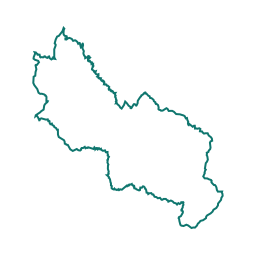 Tello, Huila, Colombia (Robinson projection), rotated 7°
{"feature_id": "7082276B21026196123050", "entity_name": "Tello", "entity_type": "district", "adm_level": 2, "iso_a3": "COL", "parent_name": "Colombia", "parent_adm1": "Huila", "projection": "robinson", "projection_center": [-75.095, 3.039], "detail": "fine", "context": "isolated", "style": "outline", "palette": "teal", "viewbox_px": 256, "rotation_deg": 7, "n_neighbors": 0, "source": "geoboundaries", "source_scale": "gbopen_adm2", "svg_char_len": 5781}
<svg xmlns="http://www.w3.org/2000/svg" viewBox="0 0 256 256"><g transform="rotate(7 128 128)"><path d="M206.6,218.7L208.3,216.5L209.0,214.4L210.4,212.9L210.8,211.9L211.6,211.2L213.7,210.4L216.4,208.0L216.4,206.4L217.2,205.1L220.4,202.7L222.1,200.7L222.8,198.7L225.4,196.6L226.7,193.9L226.6,192.0L229.1,188.0L229.2,185.9L230.2,183.8L229.7,181.7L228.9,180.5L229.1,179.6L225.0,180.2L223.8,178.7L223.0,176.2L222.1,174.8L221.2,174.0L220.2,174.1L218.0,172.3L217.3,171.4L217.5,170.3L216.8,169.5L214.0,168.9L213.1,168.4L210.2,168.6L208.6,166.9L209.7,163.4L209.4,163.0L209.7,161.0L210.3,159.9L209.3,159.0L209.5,153.4L210.5,151.8L211.1,149.7L210.2,146.5L209.4,145.3L209.5,143.9L209.2,142.9L210.7,142.0L210.9,140.6L212.1,139.0L212.3,137.4L211.1,132.6L211.6,131.2L213.1,130.4L212.5,128.2L211.4,127.0L209.0,125.6L207.7,123.5L205.4,123.8L204.1,124.3L202.7,123.4L201.9,122.4L199.8,122.5L199.9,120.1L198.8,119.6L196.8,120.3L195.8,120.1L194.6,120.4L194.0,117.6L193.2,117.7L192.1,118.9L188.3,116.5L187.9,117.7L187.4,117.4L186.9,115.9L187.0,114.4L186.0,112.9L185.3,110.9L184.2,111.4L182.9,109.4L181.7,108.8L177.8,108.1L174.1,108.3L171.6,106.3L169.8,105.6L166.3,106.1L164.9,104.2L163.7,103.7L160.3,106.5L158.7,106.8L158.1,106.3L156.6,106.1L155.9,105.5L155.9,103.8L155.0,101.6L153.2,100.5L152.7,100.7L152.1,99.9L152.0,99.1L150.4,98.2L149.9,96.9L147.7,95.5L146.3,95.5L145.5,93.8L144.4,93.6L142.2,91.7L141.0,91.7L141.0,90.7L140.7,90.6L139.7,91.4L138.7,93.0L137.2,94.1L137.2,94.9L136.3,95.9L134.4,99.8L134.5,102.3L133.7,104.6L133.4,104.8L131.8,103.5L130.8,103.7L128.9,107.9L128.5,108.0L128.1,107.8L128.3,107.0L125.9,105.8L123.9,103.6L122.0,102.1L121.2,105.7L119.3,109.5L117.9,108.7L116.5,106.9L114.6,105.7L113.9,104.7L113.1,104.9L113.3,104.5L112.8,103.4L113.3,103.1L113.4,102.3L113.0,101.4L112.7,101.5L112.0,99.1L111.4,98.7L111.7,97.4L111.3,97.3L111.1,95.9L110.7,95.7L111.2,94.7L109.4,95.0L108.9,94.0L107.9,93.7L108.0,93.2L107.0,92.9L106.7,93.5L106.1,93.1L106.3,92.5L105.9,92.0L104.9,91.9L104.3,92.2L104.1,91.7L104.4,91.2L104.1,90.9L104.4,89.6L102.8,88.5L101.8,88.5L101.2,87.5L99.7,87.7L99.4,87.0L98.8,87.3L98.9,85.3L98.5,84.8L97.9,85.1L97.2,84.8L97.4,84.3L97.7,84.5L97.7,84.1L97.1,83.8L96.6,84.5L96.0,84.3L94.9,83.1L95.1,81.9L94.0,81.9L93.9,82.4L92.9,82.2L93.0,81.5L91.2,80.8L92.3,79.5L92.1,78.2L91.1,78.7L89.6,78.3L88.8,77.5L89.1,75.6L87.6,76.4L87.3,76.1L87.4,75.5L85.1,74.3L85.1,73.2L86.1,70.8L86.0,70.3L85.4,70.4L85.5,68.5L84.8,68.6L84.6,68.2L83.9,68.8L83.7,68.1L84.2,67.9L84.2,67.3L82.4,67.0L82.2,66.2L81.7,65.8L80.6,66.5L80.1,66.1L79.8,63.8L81.2,63.4L81.8,62.7L81.0,62.2L80.8,61.6L79.8,61.4L79.3,62.4L77.0,63.9L76.9,63.4L77.3,62.8L75.7,61.5L74.9,60.1L74.6,59.1L74.8,57.1L73.0,54.3L73.3,51.2L73.0,50.0L72.8,49.8L72.4,50.2L72.4,52.7L71.4,53.7L69.8,49.6L69.4,49.5L68.3,50.5L67.2,48.7L65.3,47.5L64.7,47.4L62.9,48.2L61.3,46.4L58.9,45.7L57.5,46.3L56.1,47.7L55.1,47.7L54.9,46.6L55.9,46.2L56.4,45.6L55.9,44.4L53.9,44.2L52.8,43.1L52.4,41.8L52.3,38.5L52.7,37.2L51.9,36.5L51.2,39.8L48.2,44.9L46.5,45.9L45.5,48.9L44.9,52.9L46.0,54.0L46.1,55.1L45.2,58.8L46.1,66.1L45.5,66.6L46.1,66.7L47.2,68.3L45.0,68.2L43.6,69.3L41.7,68.2L41.0,66.6L40.3,66.9L39.5,68.2L38.5,68.1L36.8,67.0L36.2,67.1L35.7,68.0L35.0,68.3L33.9,68.1L32.6,68.6L32.1,68.2L31.3,66.0L29.4,66.3L29.1,65.5L28.3,65.3L27.4,64.3L26.1,64.2L26.8,65.4L25.8,69.0L25.8,70.7L27.3,71.6L30.7,72.3L31.6,73.6L29.9,76.5L28.9,76.6L28.6,77.0L29.9,80.9L29.4,83.7L29.6,87.4L28.1,88.6L28.5,94.8L29.8,96.9L33.2,100.4L34.9,103.9L36.7,104.8L38.2,104.5L40.7,104.9L42.0,105.6L42.0,106.0L42.8,106.3L43.3,107.1L43.7,111.1L45.1,111.2L44.7,112.3L43.9,112.9L42.5,114.8L42.1,116.0L42.0,120.0L39.8,121.9L38.9,123.1L34.9,126.6L34.8,127.6L35.6,126.8L36.2,127.1L37.5,128.6L39.0,131.2L39.3,131.1L39.7,129.6L40.8,129.0L45.6,129.7L47.3,129.2L48.0,130.8L48.8,130.5L49.3,130.8L49.5,132.4L50.5,133.7L51.9,132.9L52.6,134.4L54.1,134.8L54.7,136.0L56.7,136.9L57.6,138.3L58.6,138.2L59.3,143.1L60.4,145.4L65.9,147.9L66.7,149.1L67.2,151.3L68.3,151.5L68.9,152.1L70.3,152.1L73.3,156.2L76.0,157.5L79.7,155.1L81.4,156.1L83.2,156.2L84.1,155.3L84.0,154.2L84.5,153.5L85.9,153.3L87.4,152.0L88.3,153.3L89.5,152.6L90.4,152.7L90.8,152.0L96.4,153.0L97.0,151.3L98.2,152.3L98.3,153.0L99.3,151.7L100.2,151.7L100.5,152.2L100.2,152.9L100.5,153.1L101.7,151.6L102.8,152.5L103.7,151.9L104.1,152.9L105.9,153.7L107.9,153.0L108.9,154.7L110.6,154.3L110.8,156.0L111.4,157.1L111.2,157.9L112.6,158.9L111.9,160.4L112.0,161.9L111.4,162.4L111.8,163.3L111.8,164.8L113.0,166.8L112.7,167.7L113.0,171.0L114.2,173.8L113.9,175.2L114.4,175.7L114.3,176.1L113.6,177.2L112.9,177.4L114.9,178.8L115.0,179.8L115.6,180.0L116.4,181.2L117.3,184.1L117.8,184.8L118.1,187.1L119.0,187.6L119.0,189.6L120.0,190.4L121.2,190.7L121.8,189.9L122.2,190.6L123.1,190.4L124.0,190.9L124.9,190.4L125.5,190.7L126.2,189.9L126.8,190.7L128.0,189.8L129.4,190.0L133.7,185.4L134.2,185.9L135.0,184.9L135.5,185.1L135.8,184.4L136.2,184.6L136.7,183.8L137.8,183.7L138.6,183.1L139.0,184.0L140.8,184.5L140.6,185.3L140.9,185.7L141.4,185.6L141.6,187.1L143.1,187.2L143.7,187.8L146.6,188.6L147.4,188.2L147.5,185.6L149.0,185.6L149.9,184.1L150.7,184.1L151.7,184.8L152.4,186.2L152.8,186.2L153.6,187.4L154.3,189.9L155.5,189.9L156.1,191.1L157.1,190.2L159.1,189.8L160.3,191.1L161.3,190.9L162.7,193.0L164.6,193.1L166.2,194.1L168.2,193.4L170.0,195.1L171.0,195.0L171.9,194.1L174.2,193.8L175.6,194.9L176.4,195.0L177.0,196.2L179.3,194.8L179.9,194.9L181.4,195.5L182.6,196.6L184.7,196.9L186.0,198.0L187.1,196.4L188.6,197.1L189.8,196.1L189.9,195.2L191.9,194.9L192.1,195.2L191.8,196.0L192.4,197.5L191.9,198.6L192.0,200.2L190.9,202.9L191.2,203.5L192.0,203.3L192.7,204.4L192.7,205.5L191.2,209.1L189.4,210.3L189.2,211.3L189.8,212.0L190.4,214.2L191.8,217.7L192.8,218.4L195.1,218.5L197.7,216.9L199.6,217.4L203.2,219.5L204.9,218.8L206.6,218.7Z" fill="none" stroke="#0f766e" stroke-width="2"/></g></svg>